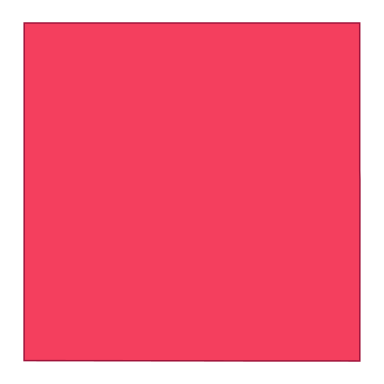 the district of Belyuen, Northern Territory, Australia
{"feature_id": "25037944B37494903355321", "entity_name": "Belyuen", "entity_type": "district", "adm_level": 2, "iso_a3": "AUS", "parent_name": "Australia", "parent_adm1": "Northern Territory", "projection": "albers", "projection_center": [130.693, -12.538], "detail": "fine", "context": "isolated", "style": "filled", "palette": "rose", "viewbox_px": 384, "rotation_deg": 0, "n_neighbors": 0, "source": "geoboundaries", "source_scale": "gbopen_adm2", "svg_char_len": 328}
<svg xmlns="http://www.w3.org/2000/svg" viewBox="0 0 384 384"><path d="M252.0,360.9L336.8,360.9L359.8,361.0L359.8,331.0L359.9,179.8L359.7,170.2L359.7,166.0L359.7,153.0L359.7,105.8L359.7,23.0L194.7,23.0L24.2,23.0L24.2,55.6L24.2,194.7L24.1,360.6L194.7,360.8L252.0,360.9Z" fill="#f43f5e" stroke="#9f1239" stroke-width="1.5"/></svg>